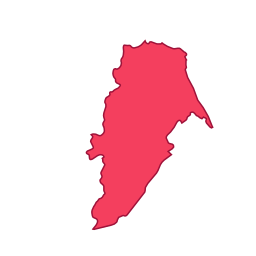 the border of Western, rotated 229°
{"feature_id": "GHA-2162", "entity_name": "Western", "entity_type": "Region", "adm_level": 1, "iso_a3": "GHA", "parent_name": "Ghana", "parent_adm1": "", "projection": "robinson", "projection_center": [-2.27, 5.896], "detail": "fine", "context": "isolated", "style": "filled", "palette": "rose", "viewbox_px": 256, "rotation_deg": 229, "n_neighbors": 0, "source": "natural_earth", "source_scale": "10m", "svg_char_len": 4737}
<svg xmlns="http://www.w3.org/2000/svg" viewBox="0 0 256 256"><g transform="rotate(229 128 128)"><path d="M69.4,99.7L68.6,98.5L63.0,70.2L63.1,68.9L63.6,68.0L64.9,67.2L65.3,66.7L66.7,62.3L66.5,61.8L65.6,59.7L64.7,58.4L64.4,57.6L64.5,54.7L65.7,51.6L73.8,35.9L74.7,35.2L74.8,35.5L75.5,39.7L76.0,41.3L76.7,42.8L77.0,43.2L77.3,43.6L77.8,44.0L78.2,44.3L78.7,44.5L79.6,44.6L79.9,44.6L80.3,44.5L83.0,43.3L83.7,43.1L84.5,43.3L85.6,43.8L87.7,45.1L88.8,46.1L89.6,47.2L91.2,50.7L91.6,52.3L92.7,55.1L92.8,55.6L92.8,57.0L92.9,57.5L93.0,57.9L93.1,58.3L93.3,59.1L93.4,59.5L93.3,60.0L92.7,61.5L92.6,61.9L92.6,62.4L92.6,63.1L92.8,63.9L93.3,65.2L93.5,66.0L93.5,66.6L93.5,67.2L93.7,67.6L94.0,67.8L94.3,68.0L96.3,68.6L96.9,69.0L99.7,71.4L100.0,71.6L100.8,71.8L101.7,71.8L104.3,71.5L104.9,71.6L105.6,71.8L106.5,72.3L107.0,72.7L107.2,73.2L107.5,74.8L107.8,75.6L108.2,76.2L108.5,76.6L108.9,76.8L109.2,77.0L110.6,77.4L111.5,77.8L111.9,78.2L112.2,78.6L115.3,86.1L115.6,86.4L116.0,86.6L116.4,86.7L118.4,86.8L118.8,86.9L119.2,87.0L119.9,87.5L120.9,88.3L121.5,88.7L122.0,88.7L121.8,90.6L122.0,90.8L122.4,91.1L123.0,91.2L123.5,91.2L124.0,91.1L124.3,91.0L125.0,90.6L125.2,90.4L126.2,89.4L126.4,89.0L126.7,88.2L127.0,87.4L127.2,86.5L127.9,80.9L128.1,80.3L128.5,79.4L128.8,79.0L129.2,78.8L129.6,78.8L130.0,78.9L130.7,79.3L132.8,80.8L133.3,80.9L133.8,80.9L135.3,80.3L135.9,80.2L136.5,80.3L136.8,80.6L137.0,80.8L137.1,81.2L137.1,81.4L137.2,81.8L137.2,82.3L135.8,86.8L135.7,87.8L135.7,88.3L135.8,88.7L136.0,89.0L136.6,89.4L141.8,90.8L142.2,90.9L142.5,91.2L142.7,91.4L143.3,92.4L143.4,92.8L143.7,94.1L143.9,94.6L144.1,95.0L144.5,95.6L145.0,95.8L145.5,95.9L147.1,95.8L146.8,97.0L146.3,97.8L145.1,99.0L144.3,99.7L142.3,100.6L141.1,101.3L140.6,101.8L140.3,102.3L140.1,102.7L140.0,103.6L140.0,104.7L140.1,105.7L140.2,106.2L140.4,106.8L140.9,107.8L141.2,108.2L143.2,109.7L144.4,110.3L145.0,110.6L145.4,110.6L146.8,111.2L147.4,111.6L148.1,112.5L148.3,113.0L149.1,115.1L149.3,115.5L149.6,115.7L149.9,115.9L152.1,116.9L153.2,117.6L153.5,117.8L153.7,118.0L155.1,119.6L158.3,124.8L158.5,125.1L158.7,125.4L160.0,126.5L160.3,126.7L160.7,126.9L162.3,127.3L162.7,127.5L163.1,127.9L163.7,128.6L164.6,130.1L165.0,130.9L165.1,131.6L165.1,132.1L164.8,133.5L164.7,134.8L164.8,135.6L164.9,136.1L165.2,136.4L166.1,136.9L166.6,137.4L166.8,137.8L166.8,138.3L166.6,138.6L166.1,139.1L165.9,139.4L165.7,139.8L165.6,140.2L165.5,140.7L165.6,142.3L165.5,143.1L165.1,144.9L164.7,146.2L164.6,146.9L164.6,147.7L164.9,149.3L165.1,150.0L165.5,150.4L165.9,150.5L166.3,150.4L168.6,149.4L169.3,149.1L170.1,149.0L170.6,149.1L171.0,149.1L171.4,149.3L171.7,149.5L172.5,150.2L172.8,150.4L173.2,150.6L173.6,150.7L175.3,150.7L176.2,150.9L176.9,151.2L177.6,151.5L178.9,152.3L179.8,153.2L180.7,154.3L181.4,155.5L181.5,155.9L181.5,156.2L181.4,156.5L181.1,157.2L180.9,157.5L180.6,157.7L180.2,157.8L179.9,158.0L179.7,158.3L179.5,158.6L179.3,159.5L179.2,160.4L179.1,160.9L179.2,161.4L179.4,162.3L179.8,163.7L181.0,165.2L181.2,165.5L181.8,166.0L182.5,166.3L183.0,166.6L183.4,166.9L184.0,167.6L184.3,168.0L184.5,168.6L185.0,170.4L185.3,171.0L185.5,171.4L186.4,172.6L188.7,175.0L191.6,177.1L192.0,177.5L192.8,178.5L193.0,179.1L193.0,179.5L192.7,179.8L190.6,181.7L189.7,182.9L189.5,183.2L189.2,183.4L188.9,183.6L188.6,183.7L188.2,183.8L187.8,183.8L186.9,183.8L186.5,183.9L185.8,184.1L185.5,184.3L185.2,184.5L184.9,184.7L184.6,184.9L184.2,185.5L182.8,188.4L182.5,189.3L182.3,190.1L182.0,192.1L182.0,193.0L182.6,198.1L181.5,197.7L180.3,197.6L179.1,197.9L178.2,198.7L178.1,199.3L178.6,200.6L178.4,201.2L178.0,201.8L177.7,202.1L172.8,204.8L172.0,205.5L169.9,208.0L169.8,208.6L169.9,209.2L169.9,209.5L169.2,209.7L168.6,209.7L163.7,211.3L158.3,214.1L157.2,215.2L155.5,217.9L154.4,219.1L153.4,219.5L148.6,220.2L147.6,220.7L145.7,220.8L145.3,220.6L144.8,220.1L144.6,219.3L144.7,218.4L144.5,217.7L143.6,217.4L143.0,217.3L141.9,216.9L141.1,216.8L141.2,216.5L140.5,215.7L137.5,213.0L136.1,212.2L135.4,211.8L135.1,211.1L135.0,210.5L134.7,209.9L134.3,209.4L126.9,206.1L115.0,203.4L103.3,198.9L94.1,198.1L84.0,196.1L74.2,192.7L73.0,192.4L73.3,191.1L73.8,190.9L74.5,190.6L75.3,190.5L80.3,190.5L81.9,191.1L82.3,191.5L83.2,192.9L83.5,193.2L84.5,193.1L85.9,192.4L86.7,192.1L86.5,189.9L88.5,189.0L91.0,188.6L92.5,187.8L95.3,187.9L97.0,187.6L98.0,186.8L98.6,185.3L98.3,184.8L97.3,183.9L97.1,183.6L97.1,182.9L97.3,181.2L97.4,180.5L97.1,179.6L96.1,178.0L95.9,176.9L96.4,171.9L98.7,172.4L99.7,172.2L100.4,171.2L100.5,169.8L100.2,168.4L98.3,163.3L97.1,157.6L96.9,153.4L96.6,152.1L96.1,151.0L95.2,150.2L90.2,148.7L89.0,149.2L86.7,150.8L85.3,151.0L83.7,150.0L83.3,147.9L84.0,142.9L79.4,143.3L80.1,134.2L79.9,131.3L79.1,128.4L76.3,122.8L75.3,119.9L73.2,106.6L71.7,102.1L69.6,99.9L69.4,99.7Z" fill="#f43f5e" stroke="#9f1239" stroke-width="1.5"/></g></svg>